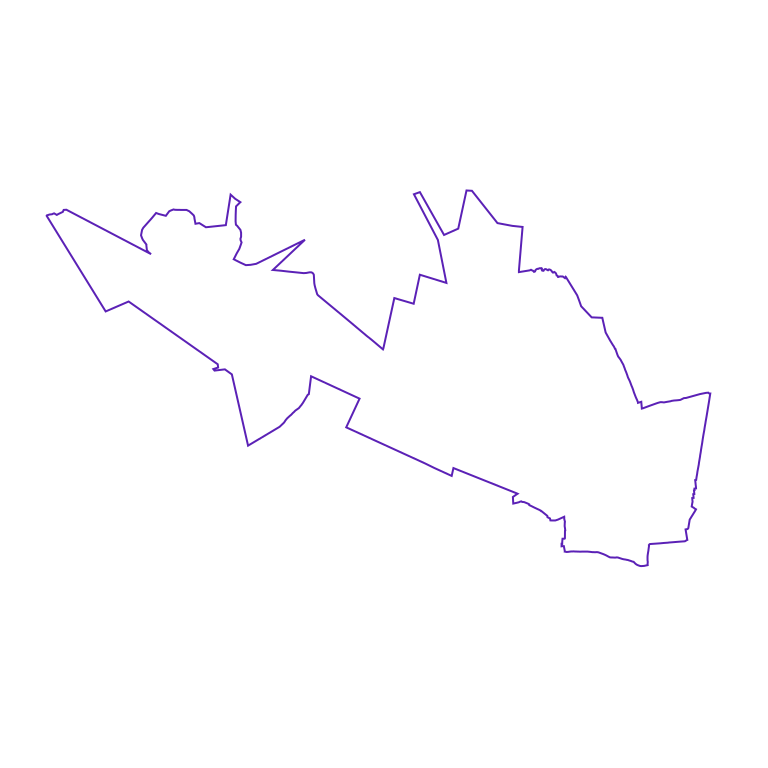 the district of Soledad de Graciano Sánchez, San Luis Potosí, Mexico, rotated 266°
{"feature_id": "50627088B59351760341300", "entity_name": "Soledad de Graciano Sánchez", "entity_type": "district", "adm_level": 2, "iso_a3": "MEX", "parent_name": "Mexico", "parent_adm1": "San Luis Potosí", "projection": "mercator", "projection_center": [-100.889, 22.295], "detail": "fine", "context": "isolated", "style": "outline", "palette": "violet", "viewbox_px": 768, "rotation_deg": 266, "n_neighbors": 0, "source": "geoboundaries", "source_scale": "gbopen_adm2", "svg_char_len": 6070}
<svg xmlns="http://www.w3.org/2000/svg" viewBox="0 0 768 768"><g transform="rotate(266 384 384)"><path d="M575.3,59.2L475.8,111.4L484.1,135.0L478.4,142.0L415.3,219.5L412.0,219.7L410.8,214.8L409.2,215.9L409.7,226.3L404.2,232.9L332.0,244.1L348.6,276.9L352.5,281.6L353.9,282.7L354.5,283.1L356.4,284.9L356.9,285.5L358.9,288.0L359.8,289.3L361.5,291.1L362.3,292.2L363.6,293.6L365.9,297.4L368.3,299.6L368.7,300.1L369.3,300.5L370.7,301.7L371.7,302.4L378.6,307.2L378.8,307.8L379.1,308.3L396.8,311.8L371.1,358.6L343.4,343.3L301.8,419.6L296.8,428.2L287.6,445.1L295.3,447.4L265.7,508.7L265.2,509.6L264.5,508.3L262.3,504.7L255.7,504.6L256.2,507.9L256.6,510.2L257.2,511.8L257.3,512.9L256.7,513.6L256.6,514.5L256.4,515.6L254.7,519.1L253.8,520.5L253.0,520.5L252.0,522.4L250.4,525.1L248.6,528.3L247.3,530.7L246.3,531.8L246.4,532.0L241.1,537.7L239.7,537.8L238.3,540.2L236.3,540.5L235.9,545.3L236.6,548.1L236.9,548.9L239.0,554.5L238.0,554.5L237.2,554.4L236.8,554.4L233.8,554.9L233.4,554.7L229.6,554.3L227.5,554.5L225.2,554.6L225.0,554.3L217.5,553.7L217.1,553.4L217.2,551.3L214.8,550.9L213.3,550.7L212.1,550.6L212.2,550.0L209.7,549.8L209.8,551.0L209.7,552.1L206.4,552.5L205.4,552.6L204.4,552.8L204.2,552.7L203.7,554.4L203.7,556.1L203.8,557.1L203.8,557.5L203.9,559.1L203.8,560.4L203.8,561.3L203.7,562.0L203.6,562.8L203.1,567.6L202.9,571.0L202.9,571.4L202.6,575.4L202.2,577.8L201.8,579.8L201.6,581.6L201.5,582.2L201.5,582.8L201.4,584.8L201.3,585.2L201.3,585.5L201.1,586.2L200.4,587.8L199.9,588.9L199.2,590.5L198.3,592.3L197.4,593.9L196.3,595.6L195.4,597.1L195.2,597.8L195.1,598.9L194.7,602.4L194.7,602.9L194.8,604.0L194.7,604.3L194.7,604.7L194.6,605.2L193.3,608.4L192.8,609.6L192.4,611.0L192.2,611.9L191.9,613.2L191.6,614.0L191.5,614.8L191.2,615.5L190.9,616.2L190.4,617.5L189.9,618.7L189.8,618.8L189.5,619.5L189.2,620.6L188.1,621.5L187.5,622.0L186.8,622.7L186.1,623.6L185.6,624.5L185.4,624.9L184.7,626.5L184.4,627.7L184.4,630.8L184.7,632.8L184.9,634.4L186.1,634.4L187.4,634.6L188.0,634.7L188.4,634.7L189.7,634.6L192.9,634.8L194.4,635.0L195.4,635.2L197.2,635.6L199.2,636.1L200.3,636.3L204.1,637.1L204.5,637.1L204.8,637.0L205.2,637.3L205.5,637.6L205.7,637.9L205.8,638.1L205.8,641.3L205.8,643.8L205.8,648.3L205.9,652.0L205.9,654.9L205.9,656.3L206.0,657.1L206.0,659.9L206.1,667.4L206.1,668.4L206.1,673.2L206.6,674.1L206.8,674.6L207.1,675.0L207.3,675.7L208.2,675.6L217.9,674.7L218.1,676.2L218.1,676.5L218.3,676.9L218.7,677.3L219.0,677.5L219.8,677.7L223.6,678.6L227.4,679.5L229.6,681.1L229.8,681.2L231.0,682.1L232.1,682.9L232.8,683.4L233.6,684.0L234.1,684.3L234.8,684.9L237.2,686.5L238.1,685.2L239.0,684.3L239.3,683.8L240.3,682.4L244.0,683.3L244.9,683.6L248.7,683.5L248.8,684.9L252.5,684.8L252.6,685.9L256.3,685.8L256.4,686.4L258.0,686.4L258.1,688.0L259.8,688.0L261.4,687.9L264.8,687.8L266.4,687.7L266.5,688.7L267.9,689.0L269.7,689.4L270.9,689.7L272.5,690.1L274.9,690.6L276.4,691.0L278.3,691.5L281.0,692.2L281.3,692.3L283.8,692.8L290.0,694.3L290.8,694.4L291.9,694.7L292.4,694.8L293.1,695.0L295.3,695.5L296.4,695.7L296.8,695.8L297.6,696.0L298.4,696.2L298.5,696.2L303.0,697.3L303.5,697.4L304.9,697.7L307.2,698.2L311.0,699.1L315.7,700.3L317.6,700.7L319.3,701.1L322.5,701.9L323.9,702.2L328.7,703.4L343.4,706.9L351.7,708.8L351.7,708.1L352.1,707.4L352.7,707.0L352.7,704.7L351.9,698.5L349.0,684.3L349.0,682.2L347.5,678.6L347.4,677.7L347.3,675.0L347.3,672.0L347.2,671.1L347.1,669.7L346.8,668.6L346.4,664.5L346.2,662.8L346.1,662.0L346.4,660.4L346.6,658.9L346.5,657.9L346.0,655.6L345.4,653.4L343.6,647.0L341.7,640.6L341.5,639.5L348.3,639.4L347.5,636.1L347.8,636.1L350.2,635.4L353.1,634.3L358.3,632.7L360.9,632.1L363.6,631.3L364.9,630.8L366.3,630.4L368.7,629.7L370.2,629.2L371.9,628.5L373.4,627.9L374.4,627.6L375.4,627.4L378.9,626.4L381.5,625.5L382.8,625.2L384.7,624.6L386.5,624.1L388.4,623.2L390.1,622.4L391.7,621.7L393.6,620.5L395.1,619.5L397.2,618.8L402.8,617.3L402.8,617.0L405.5,615.9L406.8,615.1L411.8,612.5L419.9,608.7L432.1,606.8L434.8,606.4L436.0,595.8L447.8,586.1L453.6,584.5L459.0,582.9L478.1,572.9L478.3,572.7L478.0,572.5L477.0,571.9L478.8,569.8L478.8,568.7L479.0,568.2L479.0,567.0L478.9,566.3L478.6,565.4L478.6,565.1L479.6,564.8L479.9,564.5L480.0,564.2L480.2,563.8L481.1,563.6L482.3,563.3L483.3,562.5L483.9,561.6L483.4,560.9L483.4,560.2L484.0,559.7L485.0,559.1L485.9,558.4L486.5,557.5L486.8,556.6L486.4,556.0L486.0,555.6L486.2,555.0L486.8,554.4L487.3,553.5L487.4,552.7L487.1,552.2L486.9,551.8L486.5,551.3L486.0,551.2L485.8,550.8L485.9,550.5L486.1,549.7L486.5,549.5L487.1,549.3L487.8,549.6L488.3,549.5L488.6,549.1L488.5,548.4L488.6,547.9L488.6,547.0L488.1,545.9L488.2,545.1L487.8,544.0L486.8,542.9L485.8,542.6L485.4,541.5L485.9,541.1L486.5,540.7L486.8,539.9L487.4,539.1L487.7,538.6L487.2,537.3L486.2,526.4L487.8,526.5L531.0,533.2L532.8,523.0L536.6,508.4L570.6,485.2L571.3,479.8L533.8,468.9L528.5,454.3L572.9,433.2L571.2,427.1L523.9,447.8L480.5,453.3L490.5,427.4L462.0,419.2L469.0,400.3L419.4,385.8L418.6,385.4L429.0,374.7L433.1,370.2L442.0,361.0L450.9,351.8L476.6,324.9L477.3,324.2L478.3,323.6L484.6,322.2L487.4,321.7L489.4,321.5L496.0,321.6L497.9,321.6L499.2,321.0L500.1,320.0L500.5,319.1L500.6,317.6L500.4,315.9L500.2,314.4L500.2,312.3L500.2,311.6L501.4,304.7L502.7,297.1L504.1,289.6L505.5,281.1L533.4,315.2L512.8,264.9L512.2,259.3L512.2,254.5L515.1,249.2L518.9,242.8L524.6,246.2L528.9,249.1L533.0,250.9L535.2,251.8L537.3,251.0L537.6,251.0L538.8,250.9L540.8,251.7L544.9,252.0L547.8,251.5L550.8,249.4L552.0,248.6L553.1,247.5L553.2,247.4L556.6,247.3L562.7,247.8L567.5,248.3L571.5,248.8L574.6,252.4L575.4,253.4L579.1,248.5L583.6,244.2L553.5,237.3L552.9,220.5L552.8,217.3L557.4,211.0L557.0,207.1L563.0,206.4L563.5,206.5L565.4,206.0L567.2,204.4L569.9,201.8L571.4,199.2L572.1,190.2L572.4,187.5L572.8,186.2L571.9,183.3L571.3,181.8L567.0,178.1L568.0,175.1L569.3,171.2L570.5,168.6L565.7,164.0L556.7,154.8L555.5,154.0L554.6,153.4L549.3,152.0L546.5,152.8L544.6,153.5L539.7,156.7L538.8,156.6L534.0,156.8L531.7,158.5L529.8,160.7L580.0,79.3L580.0,76.6L578.1,75.6L576.2,70.8L575.5,69.4L577.2,66.9L577.1,66.2L576.5,64.7L576.4,62.2L575.7,59.4L575.3,59.2Z" fill="none" stroke="#5b21b6" stroke-width="2"/></g></svg>